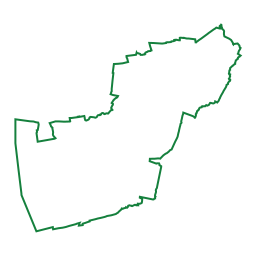 Vulturesti, Olt, Romania
{"feature_id": "2599482B48187985775349", "entity_name": "Vulturesti", "entity_type": "district", "adm_level": 2, "iso_a3": "ROU", "parent_name": "Romania", "parent_adm1": "Olt", "projection": "albers", "projection_center": [24.352, 44.735], "detail": "fine", "context": "isolated", "style": "outline", "palette": "green", "viewbox_px": 256, "rotation_deg": 0, "n_neighbors": 0, "source": "geoboundaries", "source_scale": "gbopen_adm2", "svg_char_len": 5680}
<svg xmlns="http://www.w3.org/2000/svg" viewBox="0 0 256 256"><path d="M138.2,205.3L138.0,203.7L139.1,203.8L140.0,203.7L140.9,203.4L141.8,202.8L142.1,200.9L142.2,198.9L141.9,198.7L139.8,197.7L139.9,196.8L153.1,199.5L153.8,199.3L154.6,198.4L154.9,198.3L155.1,198.3L155.1,197.4L155.5,196.6L155.3,196.4L155.0,196.2L155.0,195.8L155.2,194.5L155.6,193.4L156.0,192.0L156.0,191.2L155.8,190.2L156.1,189.2L156.7,188.4L157.0,187.5L157.2,186.3L161.2,166.9L161.2,166.2L159.5,165.2L159.5,164.5L159.1,163.4L157.2,163.3L156.6,163.4L156.3,163.6L149.7,161.2L149.9,158.8L154.9,158.7L158.0,158.4L159.7,158.5L160.3,158.6L160.4,158.4L163.4,155.3L165.6,153.7L166.8,153.2L168.9,151.5L170.0,150.2L171.6,149.5L175.2,141.6L176.8,138.5L177.6,136.7L178.4,133.0L178.8,131.7L179.3,129.2L179.9,126.7L180.3,125.3L180.5,124.1L180.7,123.6L181.3,123.1L181.5,122.6L181.5,122.3L181.3,121.9L181.2,121.3L181.8,118.9L182.5,115.6L183.1,114.1L183.3,112.6L192.8,116.1L194.2,116.9L194.6,117.6L194.9,117.8L195.1,117.7L195.9,115.7L195.8,114.6L195.8,114.2L196.2,113.9L196.5,113.4L196.3,113.1L196.7,112.6L196.9,112.1L197.0,111.9L197.0,111.3L197.5,111.0L197.5,110.8L198.3,110.2L198.5,110.0L198.5,109.7L198.9,109.5L199.2,108.3L200.2,107.5L201.7,107.3L201.9,107.0L201.9,106.4L202.5,106.2L203.4,106.4L204.0,106.2L205.0,106.3L206.2,105.1L206.9,105.6L207.6,105.6L207.9,105.3L208.9,104.9L209.1,104.6L209.2,104.3L209.6,103.9L210.0,103.0L210.1,102.9L210.7,102.9L212.9,103.4L213.6,103.4L214.8,102.7L215.1,102.1L215.2,101.4L215.9,101.7L217.2,102.5L218.6,100.9L219.5,98.8L220.0,98.0L220.1,97.5L221.3,95.1L223.0,92.2L223.5,91.1L226.0,87.0L226.5,85.5L226.5,85.0L228.0,84.0L227.9,83.3L228.0,83.0L228.4,82.5L228.7,81.9L229.1,81.4L229.6,81.2L229.9,81.0L230.1,80.5L230.3,79.9L230.2,79.7L229.2,79.3L229.0,79.0L228.9,78.8L229.5,78.1L229.7,77.1L230.1,76.6L230.1,76.3L229.8,75.6L229.8,75.4L230.2,74.8L230.2,74.4L229.5,74.3L229.1,74.1L229.0,73.7L228.9,73.4L229.2,72.9L229.2,72.0L229.4,71.0L229.4,70.4L230.1,69.9L230.0,69.5L230.1,69.1L230.1,68.1L231.7,66.6L231.9,66.3L232.8,65.8L233.3,65.1L235.2,63.9L235.2,63.6L234.9,63.3L235.0,63.0L235.2,62.7L235.8,60.7L235.8,60.4L236.6,59.9L237.2,59.1L237.9,58.8L237.9,57.8L238.1,57.5L238.9,56.9L239.5,56.7L240.0,56.1L240.6,55.6L237.9,53.8L238.3,53.1L238.5,52.1L238.9,50.9L240.1,49.1L240.1,48.2L240.5,47.9L240.2,47.6L239.8,47.3L239.6,46.8L239.4,45.5L238.2,44.2L237.6,43.5L235.2,43.8L234.6,44.0L233.9,43.9L233.6,44.1L233.4,44.5L233.0,44.0L232.9,43.0L232.7,42.6L231.1,40.0L229.2,38.7L224.4,36.4L223.9,34.1L224.0,32.1L224.1,31.6L224.0,30.9L223.8,30.4L222.5,29.1L222.3,28.9L221.9,27.4L221.8,27.2L221.5,26.5L221.4,25.5L221.5,25.1L221.3,24.8L221.1,24.7L220.9,25.1L219.8,25.9L219.6,26.3L220.2,28.5L219.6,28.5L216.3,27.6L215.4,28.4L213.6,29.5L209.3,32.6L208.5,33.1L208.0,33.6L200.9,38.8L198.9,40.1L197.8,41.0L196.6,41.7L196.3,42.3L195.6,42.3L195.3,40.4L195.3,40.1L195.2,39.3L188.3,38.5L186.7,38.5L184.8,38.1L183.9,37.8L183.6,37.8L183.4,38.0L183.1,38.0L182.1,37.8L180.1,37.7L179.8,37.8L179.8,39.1L179.9,40.0L179.8,40.3L178.4,40.2L176.3,39.7L174.9,39.8L174.7,40.0L174.2,40.0L174.2,40.6L174.5,40.8L174.3,40.9L172.8,41.3L171.4,41.4L171.2,41.9L170.4,42.1L168.0,42.3L167.3,42.2L166.3,42.4L166.1,42.5L166.1,43.0L162.9,43.5L160.9,43.5L153.2,43.0L149.3,42.9L150.1,46.1L151.0,48.9L151.2,49.3L151.0,49.5L151.4,50.4L151.0,50.5L150.5,51.0L148.1,51.2L147.5,51.8L146.7,52.0L145.5,52.6L145.1,53.3L145.2,53.8L144.7,53.9L144.7,54.1L144.7,54.4L144.0,54.6L143.1,54.6L142.4,54.9L140.6,54.9L140.1,53.9L139.5,53.7L138.4,53.3L138.2,53.4L137.9,53.2L136.8,53.0L136.6,52.6L136.0,54.8L126.5,56.0L126.5,56.6L126.5,57.0L126.8,57.9L127.2,58.4L127.4,59.3L128.1,62.0L122.7,63.3L117.9,63.8L113.9,64.0L112.7,72.9L113.4,73.1L112.5,80.8L111.9,87.0L111.7,88.7L111.7,91.3L111.2,92.2L111.0,93.2L110.6,94.2L112.9,95.0L118.0,96.0L117.6,96.8L117.1,97.4L116.4,97.9L115.9,98.0L115.7,98.2L114.4,99.2L114.1,99.7L113.6,100.0L111.7,103.0L112.9,103.8L112.9,104.7L112.2,105.7L111.2,107.8L111.2,108.1L111.5,108.4L111.6,108.9L112.4,109.9L112.1,110.1L111.2,110.0L109.2,112.2L108.5,113.2L108.0,113.6L107.1,113.3L106.8,113.3L105.9,113.5L105.0,114.0L104.5,114.1L104.1,114.0L103.7,113.4L103.1,113.1L102.6,113.0L101.9,113.2L101.5,113.5L100.9,114.6L100.6,114.8L100.4,114.9L100.3,114.6L100.1,114.5L99.2,115.1L98.3,115.1L97.9,115.3L97.3,116.0L96.8,117.0L96.3,117.3L95.6,117.7L95.2,117.7L94.1,117.3L90.6,116.9L90.2,117.0L89.5,117.6L89.5,118.3L88.7,119.4L88.1,119.8L87.0,120.2L86.6,120.5L85.7,120.4L85.3,120.2L84.7,118.4L84.7,117.6L84.3,116.0L79.9,116.8L79.8,116.6L80.2,116.3L78.0,116.7L78.1,117.1L71.5,118.0L69.7,118.0L70.1,120.9L70.2,121.3L70.0,121.5L64.2,121.7L58.9,121.4L55.4,121.4L49.7,123.1L50.7,125.2L51.1,126.5L52.0,127.2L52.5,127.9L52.3,128.2L52.7,129.9L53.1,132.1L53.1,132.6L52.9,134.3L53.1,135.3L53.9,136.5L55.5,138.2L54.7,138.7L37.7,141.7L36.5,133.0L36.8,132.5L37.0,132.0L36.8,130.3L37.7,130.1L37.8,129.8L38.4,126.4L38.7,124.6L38.6,124.3L38.5,123.5L38.2,122.6L35.7,122.2L34.2,121.7L33.4,121.5L30.0,121.3L15.4,119.3L15.4,143.2L18.5,169.6L21.4,193.3L21.5,195.1L36.4,231.3L52.8,227.1L53.1,229.3L58.6,228.2L62.6,227.7L65.8,227.0L69.3,225.9L75.7,224.2L76.8,223.7L79.6,222.9L79.4,223.3L79.3,223.6L79.3,224.1L78.9,225.6L82.7,225.1L82.7,223.7L85.3,222.9L87.5,222.1L89.7,221.4L89.6,220.6L95.4,219.2L97.8,218.5L100.7,217.9L104.4,217.0L105.7,216.6L107.1,216.0L111.2,215.3L115.9,214.0L116.6,213.4L117.7,212.9L118.9,211.6L121.5,209.3L121.7,208.5L121.8,208.4L122.6,208.8L122.8,208.8L123.8,208.3L125.8,207.8L126.0,207.2L126.9,207.7L127.2,207.7L127.5,207.2L127.9,206.9L128.1,205.9L128.4,205.6L129.0,205.5L129.6,205.3L130.3,205.6L131.4,205.7L131.7,206.0L132.1,206.1L134.8,204.8L135.6,204.9L136.2,205.3L136.8,204.8L137.6,205.3L138.2,205.3Z" fill="none" stroke="#15803d" stroke-width="2"/></svg>